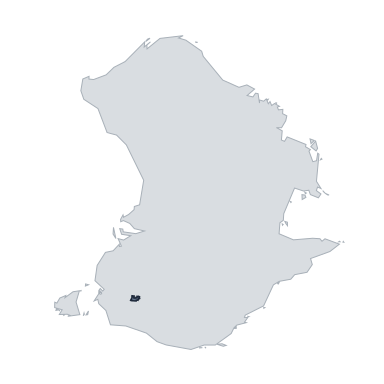 Narrandera, New South Wales, Australia shown in context, rotated 85°
{"feature_id": "25037944B16840847352668", "entity_name": "Narrandera", "entity_type": "district", "adm_level": 2, "iso_a3": "AUS", "parent_name": "Australia", "parent_adm1": "New South Wales", "projection": "orthographic", "projection_center": [146.605, -34.591], "detail": "fine", "context": "in_parent", "style": "filled", "palette": "slate", "viewbox_px": 384, "rotation_deg": 85, "n_neighbors": 0, "source": "geoboundaries", "source_scale": "gbopen_adm2", "svg_char_len": 4967}
<svg xmlns="http://www.w3.org/2000/svg" viewBox="0 0 384 384"><g transform="rotate(85 192 192)"><path d="M263.3,59.8L268.6,79.7L274.8,78.5L282.0,84.4L283.3,96.9L287.5,101.2L288.6,112.9L291.6,119.0L311.7,130.6L319.3,149.7L321.5,150.7L321.9,147.4L326.2,151.0L326.9,149.3L328.5,159.0L330.9,162.0L336.4,165.3L346.5,182.2L345.5,193.2L348.8,206.7L342.1,231.1L338.0,239.9L328.6,249.7L319.7,269.6L317.2,284.8L302.5,288.1L295.2,294.6L290.7,295.2L292.0,299.0L284.9,293.5L285.9,292.2L285.5,290.9L284.2,290.9L281.9,293.3L280.1,291.8L282.9,289.6L281.3,287.9L271.9,296.4L256.9,292.9L244.6,283.5L243.7,275.7L237.7,269.0L240.0,269.1L239.8,267.0L232.0,269.7L233.9,264.3L230.2,256.8L228.0,265.8L222.2,267.2L222.9,264.2L225.7,264.0L228.6,251.6L226.7,242.7L223.5,252.6L217.9,256.7L214.5,262.8L215.4,265.6L213.0,265.5L208.8,262.7L211.2,262.4L208.9,257.1L204.5,251.2L201.4,250.7L200.2,245.3L176.1,239.1L139.3,253.3L128.7,262.2L125.4,271.4L100.7,278.4L90.2,291.7L81.4,293.9L69.9,290.9L67.8,284.5L70.5,284.8L71.4,280.2L67.8,267.3L61.0,258.9L56.2,247.2L38.3,226.0L43.4,227.0L38.8,220.3L41.8,224.2L45.5,224.3L36.2,210.5L35.5,187.2L37.4,192.0L40.2,184.9L52.6,170.1L57.9,169.0L83.2,151.6L91.8,136.1L90.1,128.0L94.9,120.7L100.7,128.7L102.6,123.0L99.1,120.1L99.8,117.6L109.3,117.0L106.2,116.8L107.8,112.7L105.7,109.9L110.7,108.3L108.7,106.4L112.8,105.1L111.0,102.0L114.3,97.4L114.8,99.6L117.7,98.7L117.6,94.3L121.9,94.9L124.4,90.9L129.2,92.4L135.8,97.2L135.2,102.3L138.9,96.8L148.0,98.4L149.6,95.4L145.4,92.4L154.6,74.3L156.8,75.0L160.1,70.4L161.5,71.9L172.3,69.0L171.7,65.2L164.3,63.4L165.4,62.2L192.2,67.1L199.8,63.2L198.0,66.5L201.4,68.0L205.2,63.7L208.8,66.6L204.9,74.3L200.4,75.5L200.8,80.7L197.0,89.5L221.6,102.5L228.2,103.5L230.3,107.1L241.2,108.9L248.5,95.1L248.6,75.8L249.7,68.6L252.4,66.8L250.2,63.6L256.8,49.7L263.3,59.8ZM280.6,312.8L291.5,317.1L304.4,314.4L305.0,326.6L304.2,324.4L302.9,326.9L302.5,334.9L298.0,331.6L295.2,338.9L289.8,338.3L290.9,336.3L286.1,332.9L284.1,326.7L286.2,327.7L281.0,319.2L280.6,312.8ZM152.0,64.4L159.5,63.1L161.9,64.8L157.2,69.7L152.0,64.4ZM220.4,273.3L231.7,271.9L227.0,274.3L220.4,273.3ZM207.3,79.0L209.1,82.9L204.2,82.7L204.9,79.7L207.3,79.0ZM345.9,180.3L345.8,175.3L347.8,171.3L348.4,174.3L345.9,180.3ZM301.5,305.5L305.1,306.6L305.2,308.3L301.5,305.5ZM151.3,65.7L154.2,69.2L149.4,69.8L151.3,65.7ZM276.4,306.4L274.3,306.0L275.4,303.1L276.4,306.4ZM233.9,99.8L231.7,101.2L229.4,102.1L230.4,99.6L233.9,99.8ZM38.0,224.9L35.9,223.1L35.2,221.0L35.5,220.8L38.0,224.9ZM304.4,309.9L305.8,311.1L303.1,310.1L304.4,309.9ZM330.0,159.7L331.7,159.8L331.6,162.0L330.0,159.7ZM289.1,112.7L291.2,114.0L290.8,114.7L289.1,112.7ZM297.9,336.0L298.1,337.9L296.7,337.3L297.9,336.0ZM348.0,195.2L348.0,198.0L347.7,197.9L348.0,195.2ZM171.1,61.2L169.8,60.3L170.6,59.7L171.1,61.2ZM206.7,57.2L204.9,59.4L207.0,55.7L206.7,57.2ZM348.4,192.0L347.5,192.8L348.1,191.9L348.4,192.0ZM211.1,94.4L210.0,94.9L210.6,93.9L211.1,94.4ZM203.5,79.2L202.2,79.6L203.0,78.2L203.5,79.2ZM43.4,173.3L43.4,175.1L42.9,175.2L43.4,173.3ZM254.5,48.8L254.4,50.2L253.9,49.3L254.5,48.8ZM284.2,291.6L284.5,292.5L284.1,292.2L284.2,291.6ZM204.4,60.0L202.0,61.7L204.5,59.7L204.4,60.0ZM111.0,100.0L110.2,101.1L110.7,99.9L111.0,100.0ZM298.7,334.5L298.0,334.9L298.4,334.2L298.7,334.5ZM233.0,104.8L231.6,104.9L232.3,104.0L233.0,104.8ZM107.0,108.5L106.4,109.2L106.2,107.9L107.0,108.5ZM303.8,330.4L302.9,331.0L303.2,329.9L303.8,330.4ZM255.3,45.1L255.1,46.0L254.4,45.6L255.3,45.1ZM283.7,292.9L284.6,293.7L283.0,293.5L283.7,292.9ZM314.1,130.6L313.2,130.6L313.5,129.5L314.1,130.6ZM321.2,147.2L320.7,147.2L321.1,146.3L321.2,147.2ZM281.0,311.3L280.7,312.0L280.5,311.1L281.0,311.3Z" fill="#d9dde1" stroke="#a8b0b8" stroke-width="1"/><path d="M292.4,253.5L291.7,253.4L291.6,253.8L291.5,254.0L291.5,254.3L291.5,254.6L291.4,254.7L291.4,254.9L291.4,255.0L291.2,255.0L291.3,255.4L291.2,255.7L291.9,255.7L291.9,255.8L291.8,256.0L291.9,256.3L291.9,256.6L292.1,256.6L292.3,256.8L292.5,256.8L292.5,257.0L292.5,257.4L292.8,257.4L292.8,257.6L292.7,258.3L292.6,258.7L292.6,258.8L292.6,259.0L292.4,259.1L292.2,259.1L292.1,258.9L292.1,259.0L291.9,258.9L291.7,258.9L291.6,259.0L291.5,258.9L291.4,258.8L290.6,258.7L290.6,258.9L290.5,259.3L290.4,259.7L290.3,259.8L290.1,260.8L290.4,261.0L290.5,260.9L290.7,260.5L290.9,260.6L291.0,260.6L291.3,260.7L291.3,260.8L291.5,260.8L292.6,261.4L293.1,261.7L293.5,261.9L293.9,262.2L294.0,262.1L294.1,262.3L294.5,262.3L294.7,262.5L294.8,262.3L294.8,262.2L294.9,261.5L295.0,261.5L295.0,261.4L294.9,261.4L294.8,261.2L294.7,261.2L294.8,261.1L294.9,260.9L295.0,260.9L295.2,260.7L295.2,260.4L295.2,260.2L295.3,259.9L295.3,259.7L295.3,259.4L295.4,259.0L295.5,258.6L295.5,258.3L295.6,258.1L295.6,257.6L295.7,257.1L295.2,256.9L294.9,256.9L294.9,256.7L295.0,256.3L295.0,256.1L295.0,255.7L295.1,255.4L294.5,255.4L294.3,255.3L294.3,255.2L294.4,254.8L293.9,254.7L293.6,254.7L293.7,254.0L293.4,254.0L293.4,253.9L293.3,254.0L293.2,253.9L292.4,253.8L292.4,253.5Z" fill="#64748b" stroke="#1e293b" stroke-width="1.5"/></g></svg>